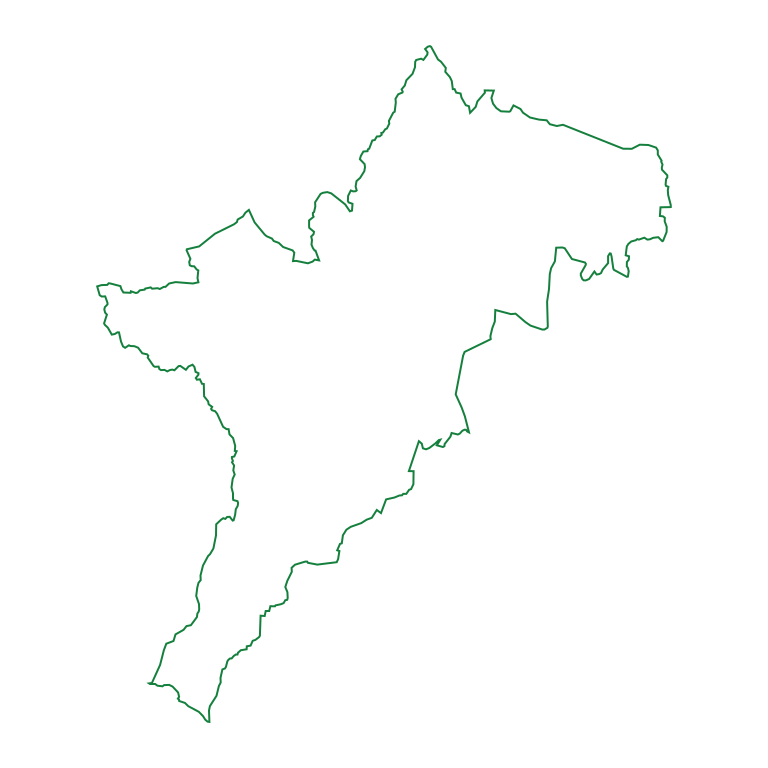 Atolinga, Zacatecas, Mexico (Natural Earth projection)
{"feature_id": "50627088B11442495571788", "entity_name": "Atolinga", "entity_type": "district", "adm_level": 2, "iso_a3": "MEX", "parent_name": "Mexico", "parent_adm1": "Zacatecas", "projection": "natural_earth1", "projection_center": [-103.443, 21.766], "detail": "fine", "context": "isolated", "style": "outline", "palette": "green", "viewbox_px": 768, "rotation_deg": 0, "n_neighbors": 0, "source": "geoboundaries", "source_scale": "gbopen_adm2", "svg_char_len": 6091}
<svg xmlns="http://www.w3.org/2000/svg" viewBox="0 0 768 768"><path d="M149.1,683.4L150.0,684.0L155.2,684.0L157.4,685.7L162.5,686.3L164.1,685.1L169.2,684.9L172.6,686.6L178.1,692.5L179.1,696.8L177.9,698.7L178.9,699.4L179.2,701.0L184.9,702.9L188.3,706.2L198.8,711.8L203.1,716.2L205.2,719.6L207.5,721.6L209.4,721.9L209.0,710.5L209.9,706.1L216.5,695.8L218.9,686.0L220.7,682.5L220.5,677.9L222.4,669.4L224.9,668.5L225.9,667.0L227.4,661.2L228.6,659.6L230.0,658.5L231.7,658.4L233.8,655.9L235.9,654.5L237.5,654.5L238.0,652.7L240.9,650.2L246.6,649.3L246.8,646.3L250.6,645.6L252.7,640.8L255.4,639.9L259.2,637.0L259.9,635.7L260.6,615.7L264.7,616.0L265.7,611.0L269.2,611.0L270.4,606.2L274.9,606.3L275.5,605.4L281.0,604.2L283.6,603.1L285.3,600.2L287.2,599.8L287.7,598.0L287.4,592.1L285.3,587.0L287.3,580.9L291.8,571.8L291.6,567.8L295.0,564.7L305.2,561.6L307.2,561.6L307.9,562.8L317.3,564.6L336.7,562.2L338.1,559.2L339.4,551.0L337.2,550.3L340.0,543.9L341.8,543.3L342.9,535.3L346.4,529.7L350.8,526.8L361.3,523.1L366.6,519.7L371.8,517.8L376.8,510.0L381.0,513.1L386.1,499.4L394.5,497.5L399.4,495.5L402.0,495.3L403.2,493.9L406.3,493.9L409.1,489.8L411.1,489.1L413.4,484.2L413.6,471.2L408.9,471.1L418.9,441.2L421.8,443.7L422.9,448.3L426.0,449.3L429.3,448.0L435.5,443.3L438.8,440.1L440.3,439.7L436.8,445.3L442.9,447.0L444.4,446.2L444.6,444.1L450.4,436.7L451.6,433.0L457.9,434.5L459.9,433.5L462.3,430.8L464.5,429.7L466.0,429.8L467.2,431.5L469.0,432.4L464.9,416.4L461.7,407.6L455.7,394.4L463.1,355.7L464.6,351.9L490.7,339.2L490.4,336.1L492.3,328.1L494.8,321.6L495.3,310.0L510.9,314.1L515.6,313.7L525.3,322.0L530.5,325.6L542.1,329.5L544.5,329.5L547.4,327.8L547.8,326.5L547.1,301.6L549.0,289.1L549.8,274.1L551.1,268.2L554.9,261.3L556.2,247.7L562.5,247.5L564.8,248.3L571.9,259.0L585.0,262.5L585.9,263.9L585.6,265.2L580.8,273.6L580.8,275.4L582.2,278.9L583.6,280.3L585.7,280.4L589.1,279.0L594.4,271.5L596.6,274.5L599.1,274.1L601.0,273.1L602.7,269.5L608.1,263.1L608.1,256.1L609.8,253.4L610.7,253.5L611.5,256.1L613.3,268.6L614.0,269.9L626.8,276.8L627.9,276.6L628.7,271.3L628.0,268.1L626.8,266.2L626.9,262.0L628.8,259.7L629.0,256.3L625.7,255.3L626.8,246.5L628.4,243.9L631.2,241.5L635.9,240.2L637.2,239.1L638.9,239.6L644.3,237.7L647.4,239.6L649.9,239.3L653.2,237.8L658.3,237.2L662.3,241.2L663.1,240.8L666.6,232.0L666.7,226.8L664.7,221.3L664.8,217.7L662.9,216.3L659.9,216.0L660.5,207.3L670.2,207.1L670.8,207.0L670.7,204.8L668.2,195.2L667.8,190.3L668.4,186.8L665.9,185.8L665.6,184.5L666.1,179.1L667.3,177.5L667.3,175.3L662.0,169.7L661.8,167.8L662.5,164.5L661.2,161.7L661.6,160.7L657.8,154.5L657.8,150.4L656.1,147.6L648.4,145.0L639.8,144.7L631.8,148.8L623.1,148.7L563.0,124.8L556.8,126.0L549.8,124.2L546.7,120.3L539.0,119.6L530.0,117.5L523.0,112.7L520.5,109.0L513.5,105.4L510.3,111.2L509.2,111.7L500.9,111.3L496.3,108.0L493.0,103.6L491.4,98.0L493.8,90.6L484.7,90.4L484.9,92.7L477.4,101.4L475.7,106.9L470.1,112.8L468.9,106.2L465.8,105.2L461.5,97.6L460.6,93.5L456.2,92.6L454.6,89.1L452.8,89.1L451.8,81.1L449.9,77.1L445.3,71.8L445.8,67.9L441.0,61.7L438.0,59.5L431.1,46.8L429.9,46.1L427.8,46.7L425.1,49.0L427.6,52.4L427.3,54.6L423.4,59.9L421.1,58.7L416.2,60.0L415.2,61.8L415.0,67.2L412.5,73.9L406.4,80.2L404.8,85.5L401.6,89.3L402.7,91.6L402.5,92.5L398.2,94.3L395.5,98.8L395.8,102.5L394.7,111.7L393.2,112.7L388.9,120.9L389.3,123.6L386.9,128.5L385.2,129.3L383.0,132.5L381.3,133.0L381.7,134.7L379.8,136.3L376.8,136.5L374.8,140.0L372.3,140.5L369.2,148.7L367.9,149.3L367.5,151.2L363.4,151.5L360.8,156.0L359.9,159.2L364.6,164.1L365.0,167.2L364.3,171.2L360.1,177.9L356.5,181.1L355.6,186.5L356.7,190.4L355.7,191.2L353.2,191.4L350.8,190.5L348.1,195.9L347.9,201.1L348.6,202.4L352.5,203.8L352.0,210.6L349.9,211.3L345.2,204.4L331.3,193.4L327.3,192.1L322.9,192.8L320.6,193.9L315.1,202.3L315.3,206.5L314.1,211.9L312.9,212.9L312.9,215.1L313.6,216.8L309.1,220.4L309.1,226.6L309.3,227.9L314.0,231.8L313.5,234.3L311.2,236.5L312.0,240.0L311.5,244.6L312.9,248.1L314.6,250.5L315.5,250.6L319.1,260.4L314.8,259.6L312.6,261.6L307.9,263.3L296.3,260.9L293.0,261.1L294.3,252.7L292.6,250.4L283.1,247.0L278.8,242.9L273.7,241.0L272.0,238.6L266.6,236.2L264.6,234.5L254.6,222.4L248.9,209.9L245.4,212.7L242.9,216.5L237.7,219.5L236.9,222.1L234.0,224.3L215.0,233.7L199.2,246.4L186.8,249.3L186.6,250.3L190.4,258.8L189.2,261.9L189.8,265.3L191.7,266.2L194.2,266.3L196.7,269.5L198.3,270.4L197.5,278.1L198.4,282.3L192.9,283.5L175.6,282.1L169.1,283.5L165.5,286.9L163.7,286.9L159.8,289.0L157.6,288.2L152.1,288.7L150.7,287.4L145.2,288.6L144.7,289.6L139.9,290.3L137.6,292.6L135.9,293.0L130.9,291.3L130.6,292.8L123.4,292.5L121.5,289.4L120.4,286.1L110.0,283.4L108.6,283.3L107.3,284.9L101.5,285.1L97.2,286.4L99.7,295.2L101.6,296.5L105.2,296.4L107.5,302.9L107.5,304.4L104.9,307.1L104.3,309.4L105.1,312.6L106.9,314.6L104.1,323.3L104.8,324.8L107.8,327.6L111.8,334.6L114.8,334.0L117.5,332.3L119.0,332.4L121.0,341.5L123.0,346.4L125.1,347.8L128.9,345.3L130.4,346.0L134.4,346.2L138.1,347.7L142.3,353.3L147.0,354.3L148.3,355.7L147.7,357.5L153.6,366.1L154.9,366.8L158.6,366.6L159.4,369.1L161.0,370.1L164.5,369.9L167.3,371.4L170.0,370.0L172.4,369.6L174.4,370.3L178.6,366.1L180.3,365.9L185.9,369.8L188.5,366.5L192.5,364.7L194.4,366.9L195.6,371.9L198.5,373.2L198.4,374.7L195.8,378.0L196.9,379.7L199.9,379.3L202.0,383.8L203.8,384.0L204.1,396.3L208.1,401.4L208.7,404.4L212.2,406.9L211.1,408.9L211.9,410.2L215.1,411.2L217.1,413.7L223.1,426.8L226.5,429.1L228.6,429.1L229.5,434.4L233.1,438.1L235.2,445.9L234.8,450.9L236.6,451.2L234.3,456.5L231.9,457.0L231.9,458.3L232.9,461.0L232.0,462.3L234.1,465.5L233.3,470.4L234.7,474.5L232.7,478.8L231.5,487.4L233.0,493.3L233.0,498.5L233.3,500.0L237.5,501.2L238.1,503.0L237.7,505.9L235.8,509.2L235.1,515.0L233.6,520.3L232.7,520.6L229.7,516.8L227.1,517.0L225.3,518.9L223.3,518.2L221.2,519.6L216.2,524.3L216.0,535.4L213.4,548.5L210.0,554.2L208.1,556.0L203.0,565.5L200.5,575.5L200.7,580.1L198.5,582.8L197.3,587.5L196.2,595.9L199.0,604.1L199.2,609.4L198.7,611.6L197.4,613.5L196.9,617.1L190.9,625.2L186.5,626.1L183.6,629.8L175.5,634.4L173.5,641.0L166.3,643.7L163.8,650.4L160.1,664.9L151.9,683.0L149.1,683.4Z" fill="none" stroke="#15803d" stroke-width="2"/></svg>